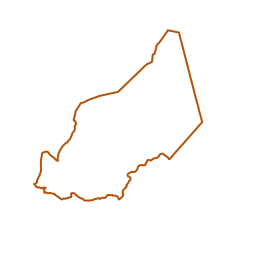 outline of Chad, rotated 42°
{"feature_id": "TCD", "entity_name": "Chad", "entity_type": "country or territory", "adm_level": 0, "iso_a3": "TCD", "parent_name": "Africa", "parent_adm1": "", "projection": "equal_earth", "projection_center": [18.978, 15.46], "detail": "fine", "context": "isolated", "style": "outline", "palette": "amber", "viewbox_px": 256, "rotation_deg": 42, "n_neighbors": 0, "source": "natural_earth", "source_scale": "50m", "svg_char_len": 3491}
<svg xmlns="http://www.w3.org/2000/svg" viewBox="0 0 256 256"><g transform="rotate(42 128 128)"><path d="M179.2,74.0L179.2,79.8L179.3,85.7L179.4,91.5L179.4,97.3L179.5,103.2L179.5,109.0L179.6,114.9L179.7,120.8L179.7,122.7L179.6,123.5L179.3,123.7L177.0,123.2L176.0,123.2L174.5,123.6L172.4,123.8L171.1,123.7L170.1,124.7L169.4,126.0L169.8,128.9L169.7,129.9L169.4,130.9L168.8,131.7L168.2,132.4L167.8,133.0L167.3,134.3L167.0,135.0L167.0,135.8L166.9,136.7L166.5,137.1L165.5,137.4L164.9,137.8L164.4,138.5L164.1,138.9L164.3,139.5L164.5,140.4L164.7,141.7L164.8,142.4L165.2,143.1L165.5,143.5L165.6,144.1L165.4,144.5L164.2,145.5L163.7,145.8L163.2,146.3L162.9,146.5L162.1,147.4L161.6,148.2L161.4,148.9L161.4,149.8L161.9,151.1L162.4,152.3L162.6,153.2L162.7,154.2L162.7,155.1L162.4,155.9L162.0,156.6L160.3,157.9L159.5,159.4L158.9,161.2L158.7,162.2L158.9,162.9L159.2,163.4L159.7,163.7L160.4,163.8L161.6,163.5L162.7,163.3L163.9,163.9L164.5,165.5L164.3,166.6L164.8,168.6L165.2,171.0L165.1,171.8L165.3,172.1L166.0,172.3L166.2,172.8L166.0,177.1L166.3,178.3L166.8,179.1L167.4,179.6L168.0,180.2L168.2,180.6L168.9,180.6L169.6,181.4L169.8,182.5L169.8,183.5L169.4,185.6L169.0,187.1L168.6,187.0L167.7,186.6L166.7,186.3L165.4,186.1L164.2,186.7L162.9,187.4L162.5,188.0L162.1,188.3L161.5,188.3L161.0,188.4L160.7,188.9L160.2,189.5L158.3,190.8L157.9,191.2L157.6,191.7L157.6,192.2L157.8,193.2L157.8,194.4L157.4,195.5L156.9,196.2L156.4,196.4L155.9,196.6L155.6,197.0L154.6,199.3L154.2,199.7L153.3,199.7L150.8,203.2L150.5,204.2L149.6,205.6L148.4,207.3L147.4,208.0L147.3,208.3L147.0,208.6L146.4,209.0L144.2,211.0L141.5,210.9L140.3,211.7L139.2,212.0L137.5,212.4L137.0,212.4L134.8,212.5L132.3,212.5L131.3,212.7L130.4,213.5L129.8,214.1L129.7,214.4L129.8,214.6L129.7,214.9L131.5,216.5L131.9,217.3L131.5,218.0L131.3,218.1L131.0,218.8L129.9,220.6L128.4,222.8L127.6,223.4L127.2,223.8L126.8,225.2L126.5,225.4L125.5,225.6L123.3,225.8L120.3,226.2L118.6,226.4L117.5,226.2L115.9,227.2L115.3,227.5L115.0,227.6L113.5,228.5L112.2,230.0L111.7,230.3L109.9,230.9L109.2,231.9L108.9,232.0L107.7,230.7L106.9,229.5L106.5,228.2L106.5,227.8L106.3,227.9L105.6,228.4L105.1,229.1L104.8,230.3L103.0,231.1L101.4,231.7L100.7,232.6L99.5,233.0L98.1,232.9L97.0,232.5L95.9,232.4L96.4,231.3L96.6,230.5L96.7,229.5L96.6,228.9L96.0,228.5L95.6,228.0L94.6,224.9L93.7,221.7L92.3,218.6L90.9,216.6L89.8,215.4L89.5,215.2L88.9,214.8L88.6,214.5L86.6,212.3L84.6,210.0L84.1,208.9L83.1,207.2L82.0,205.6L81.4,204.8L81.1,203.4L81.9,202.2L82.7,200.6L83.8,199.6L85.1,199.5L87.3,200.0L89.6,200.1L92.0,199.8L92.6,199.6L93.2,199.6L94.4,199.9L96.6,199.9L97.7,199.2L96.5,198.1L95.2,196.4L94.0,194.6L93.3,192.9L92.6,190.7L92.0,188.0L91.6,184.5L91.7,182.5L91.9,181.1L92.6,178.8L92.1,177.5L92.2,176.4L92.2,174.8L92.0,173.9L91.1,171.3L91.0,171.0L90.2,169.1L89.9,166.0L89.1,164.0L87.7,163.0L87.0,161.8L86.7,159.7L86.2,159.2L84.0,158.4L82.2,158.4L81.0,156.0L79.3,153.0L77.8,150.1L76.9,144.4L76.3,141.2L77.0,140.2L78.3,137.9L79.9,133.4L83.6,126.6L85.5,123.1L89.2,117.9L93.8,111.5L96.4,107.9L96.9,101.3L97.4,94.4L97.7,89.2L98.2,83.0L98.6,77.8L98.8,74.0L99.2,68.7L99.5,67.7L101.3,63.5L101.5,63.0L101.2,62.3L98.7,58.7L97.9,58.0L97.4,56.1L98.1,55.1L95.1,49.2L94.4,48.4L94.1,47.7L94.0,46.7L94.0,42.6L93.3,36.2L92.3,28.7L95.8,26.6L98.5,25.0L102.0,23.0L105.1,25.1L109.7,28.1L114.3,31.1L118.9,34.2L123.5,37.2L128.1,40.3L132.7,43.3L137.3,46.4L141.9,49.5L146.6,52.5L151.2,55.6L155.8,58.7L160.5,61.7L165.2,64.8L169.8,67.9L174.5,70.9L179.2,74.0Z" fill="none" stroke="#b45309" stroke-width="2"/></g></svg>